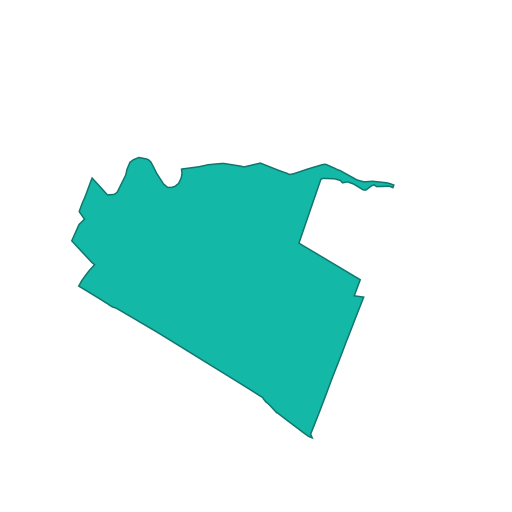 outline of Robeasca, Buzau, Romania, rotated 136°
{"feature_id": "2599482B80485604843100", "entity_name": "Robeasca", "entity_type": "district", "adm_level": 2, "iso_a3": "ROU", "parent_name": "Romania", "parent_adm1": "Buzau", "projection": "robinson", "projection_center": [27.128, 45.133], "detail": "fine", "context": "isolated", "style": "filled", "palette": "teal", "viewbox_px": 512, "rotation_deg": 136, "n_neighbors": 0, "source": "geoboundaries", "source_scale": "gbopen_adm2", "svg_char_len": 2297}
<svg xmlns="http://www.w3.org/2000/svg" viewBox="0 0 512 512"><g transform="rotate(136 256 256)"><path d="M404.4,357.5L403.8,355.2L403.7,354.8L402.7,351.1L401.2,345.3L397.7,331.9L396.8,328.0L395.8,324.2L395.6,322.5L394.7,319.2L394.5,318.7L392.9,315.9L385.9,291.1L385.9,290.9L380.0,269.7L357.9,183.2L354.6,170.2L354.1,168.2L350.5,153.3L349.5,149.5L349.9,148.2L350.3,144.0L349.9,142.3L349.8,138.0L350.0,128.8L349.7,128.3L349.4,128.3L349.4,126.9L347.5,114.3L347.1,111.7L346.3,106.8L346.2,106.3L345.0,98.3L344.5,95.2L344.2,93.6L343.5,90.2L343.2,88.8L342.5,87.5L341.9,86.1L341.4,87.3L340.5,89.9L328.7,95.2L316.9,100.6L302.4,107.4L288.3,114.2L271.7,121.8L266.9,124.0L260.0,127.2L251.6,131.2L238.8,137.0L226.8,142.6L207.1,151.6L213.0,159.1L197.5,166.5L203.6,189.1L215.1,231.3L215.2,231.8L216.2,235.4L187.7,250.0L155.9,266.2L153.7,265.1L145.8,256.9L142.9,251.8L142.9,248.5L138.7,245.8L135.7,239.7L133.0,229.2L131.8,227.7L130.8,227.0L124.4,226.3L122.5,225.6L121.4,224.9L121.5,224.5L121.0,222.1L111.5,213.4L110.1,210.1L109.8,210.2L108.4,210.9L107.6,211.3L108.1,212.3L108.7,213.7L109.0,214.4L109.8,215.7L110.9,217.6L117.8,225.9L119.1,227.4L120.1,228.7L121.9,230.2L126.7,234.2L129.8,239.3L130.4,240.4L131.2,242.6L131.7,244.6L134.7,254.2L136.1,259.0L137.5,261.6L138.3,264.1L142.1,273.4L143.1,274.4L144.8,275.6L154.8,280.8L159.1,283.0L165.7,286.1L172.3,289.3L175.3,291.4L175.7,292.1L176.0,293.4L177.2,295.7L180.6,302.7L188.3,319.8L202.9,328.5L204.6,331.3L214.0,343.8L215.6,345.7L221.0,350.1L226.9,354.8L228.1,355.6L229.5,356.4L234.8,359.7L239.6,363.2L247.2,368.8L248.3,369.7L249.3,370.2L251.6,367.0L255.4,364.2L261.0,362.0L265.6,362.3L269.0,363.9L271.9,366.7L272.2,369.3L272.5,372.0L270.0,384.6L267.7,391.8L266.3,396.9L266.6,400.3L267.6,402.2L271.8,408.2L277.2,410.4L281.5,411.0L288.9,407.8L293.3,404.8L311.2,398.4L313.2,398.4L315.7,399.1L320.4,403.2L320.3,407.4L320.1,411.5L320.0,415.6L319.9,419.3L319.8,425.9L323.7,424.1L336.2,418.1L339.0,416.8L343.3,415.1L345.3,414.2L347.0,413.4L349.6,412.1L352.0,411.0L352.4,410.4L353.8,401.6L360.1,401.6L361.0,401.6L361.6,401.5L378.0,394.9L378.2,386.3L378.4,376.0L378.5,368.4L378.6,365.4L378.1,361.9L385.7,361.4L388.6,361.0L392.5,360.4L398.6,359.3L399.1,359.1L401.5,358.4L403.7,357.7L404.3,357.5L404.4,357.5Z" fill="#14b8a6" stroke="#0f766e" stroke-width="1.5"/></g></svg>